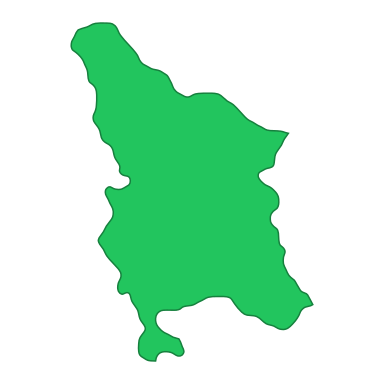 outline of Pedro Brand, Santo Domingo, Dominican Republic
{"feature_id": "3306468B67900396339745", "entity_name": "Pedro Brand", "entity_type": "district", "adm_level": 2, "iso_a3": "DOM", "parent_name": "Dominican Republic", "parent_adm1": "Santo Domingo", "projection": "robinson", "projection_center": [-70.09, 18.624], "detail": "fine", "context": "isolated", "style": "filled", "palette": "green", "viewbox_px": 384, "rotation_deg": 0, "n_neighbors": 0, "source": "geoboundaries", "source_scale": "gbopen_adm2", "svg_char_len": 5172}
<svg xmlns="http://www.w3.org/2000/svg" viewBox="0 0 384 384"><path d="M78.2,29.9L77.1,31.3L76.1,32.8L74.4,36.6L72.1,40.8L71.7,41.8L71.3,43.8L71.2,45.9L71.3,46.9L71.9,48.8L72.4,49.7L73.0,50.3L75.9,52.4L78.2,54.4L80.5,56.8L82.5,59.5L83.5,61.4L84.7,64.4L86.4,68.0L87.1,69.8L87.6,72.0L88.2,78.3L88.7,80.2L89.0,81.1L89.5,81.9L90.0,82.5L92.7,84.6L94.0,86.0L95.1,87.5L95.9,89.4L96.4,91.5L96.7,94.9L96.7,100.6L96.4,105.2L96.2,107.5L95.7,109.6L95.1,111.5L93.9,114.1L93.3,115.9L93.1,117.9L93.4,120.0L93.7,121.0L94.8,122.9L98.0,127.2L99.1,129.1L99.9,131.1L101.3,137.3L101.7,138.3L102.7,140.0L103.3,140.7L104.7,142.0L106.2,143.0L108.7,144.4L110.2,145.6L111.4,147.0L112.4,148.7L113.1,150.7L114.0,154.9L114.6,156.9L115.5,158.9L119.0,164.2L119.7,165.9L119.9,167.5L119.5,170.4L119.5,171.1L120.1,172.6L121.2,173.9L122.6,174.9L124.2,175.5L127.5,176.2L128.3,176.6L129.0,177.1L129.6,177.9L130.0,178.8L130.3,180.6L130.1,182.6L129.8,183.5L129.3,184.3L128.7,185.1L124.2,187.8L121.6,189.1L120.6,189.3L118.6,189.5L115.7,189.2L113.9,188.7L111.0,187.2L110.3,186.9L109.4,186.9L108.6,187.0L107.9,187.4L106.6,188.5L106.0,189.3L105.6,190.1L105.4,191.1L105.3,192.2L105.6,194.2L106.4,196.0L108.2,199.3L109.9,203.2L111.8,206.7L112.6,208.5L112.9,209.6L113.3,211.7L113.2,213.9L113.1,215.0L112.6,217.1L111.6,219.1L106.3,226.2L103.4,231.8L99.2,237.7L98.5,239.5L98.3,240.5L98.5,241.5L98.8,242.4L99.7,244.2L103.4,249.3L105.7,254.0L106.8,255.9L109.6,259.4L118.1,268.6L119.4,270.4L120.5,272.3L120.8,273.3L121.0,274.3L121.0,276.5L120.5,278.4L118.5,282.6L118.2,283.6L117.8,285.7L117.7,287.9L117.8,288.9L118.3,291.0L118.8,291.8L119.9,293.2L121.4,294.0L122.2,294.2L122.9,294.1L125.4,293.0L126.8,292.6L127.6,292.7L128.3,292.9L129.0,293.3L129.6,294.0L130.3,295.5L131.2,299.2L131.9,301.2L133.0,303.1L136.8,308.6L137.8,310.5L138.4,312.6L139.3,316.8L140.0,318.9L141.0,320.8L144.0,325.0L144.9,326.7L145.2,327.6L145.3,328.6L145.2,329.6L144.9,330.5L143.9,332.2L141.5,335.4L140.3,337.2L139.8,338.2L139.1,340.3L138.7,343.7L138.5,348.1L138.7,351.4L139.1,353.4L139.5,354.3L140.0,355.2L141.3,356.5L145.9,359.4L147.6,360.2L148.6,360.5L150.6,360.8L155.6,361.0L156.2,358.0L156.6,357.0L157.5,355.3L158.8,353.8L159.6,353.2L160.4,352.7L162.3,352.0L164.4,351.7L166.4,351.7L168.5,351.9L170.5,352.3L172.4,353.0L176.2,355.3L178.0,356.0L179.8,356.0L180.7,355.8L182.3,354.9L183.3,353.5L183.7,352.6L183.9,351.7L183.8,350.8L183.4,349.2L182.3,346.8L180.5,341.9L178.9,338.9L173.1,337.2L168.1,334.4L164.5,332.7L162.7,331.5L161.0,330.1L159.5,328.5L158.0,326.8L156.8,324.9L156.0,322.8L155.6,320.6L155.6,318.4L156.0,316.2L156.4,315.2L157.4,313.4L158.8,312.0L160.4,311.0L161.4,310.6L163.5,310.2L166.8,310.1L174.4,310.2L176.4,310.1L178.4,309.7L180.0,309.1L182.4,307.2L184.1,306.5L186.0,306.1L191.3,305.4L193.4,304.8L195.1,304.0L198.4,302.1L202.0,300.4L206.1,298.1L208.1,297.3L209.2,297.1L212.7,296.6L217.5,296.5L223.5,296.5L226.9,296.8L229.0,297.4L229.9,297.8L230.8,298.4L231.9,299.7L234.6,303.8L237.9,308.1L241.7,312.1L244.2,314.0L245.1,314.4L247.1,315.1L254.1,315.8L256.1,316.3L257.0,316.7L259.5,318.2L263.9,322.1L266.3,323.8L268.2,324.5L272.1,325.5L273.9,326.1L278.0,328.4L279.8,329.1L281.8,329.4L283.8,329.5L285.8,329.1L287.7,328.3L290.2,326.4L292.5,324.1L295.4,320.8L297.3,318.1L298.9,315.4L300.5,311.6L301.6,310.0L303.0,308.6L304.5,307.5L305.4,307.1L310.8,305.7L312.8,304.6L310.4,300.0L307.6,294.9L306.3,293.7L302.5,292.1L301.1,291.2L300.0,289.8L296.7,284.2L295.3,281.7L294.3,280.2L290.8,277.4L288.9,275.4L287.4,272.8L286.1,269.9L284.4,266.4L283.7,264.5L283.4,263.4L283.2,260.2L283.5,257.0L284.9,252.8L285.0,252.0L285.0,251.2L284.8,250.4L284.5,249.6L283.6,248.2L282.5,247.1L280.7,245.6L280.1,245.0L279.3,243.2L278.8,240.0L278.4,233.2L277.9,231.1L277.6,230.1L277.1,229.3L276.5,228.6L273.8,226.5L272.0,224.5L271.0,222.8L270.6,221.8L270.3,219.6L270.3,217.5L270.4,216.4L271.0,214.4L271.5,213.5L273.2,211.3L276.6,208.7L277.2,208.1L278.1,206.4L278.6,204.5L278.8,202.4L278.7,199.1L278.3,196.9L277.9,195.8L276.9,193.8L275.5,192.0L273.2,189.6L271.6,188.2L269.8,187.0L265.2,184.8L263.5,183.5L261.1,181.3L259.2,178.9L258.3,177.0L258.2,176.0L258.2,175.0L258.4,174.0L258.8,173.1L259.4,172.4L260.1,171.9L265.4,169.0L267.1,168.4L269.8,167.8L271.4,167.2L272.2,166.8L272.9,166.2L273.4,165.5L273.8,164.6L274.2,162.7L274.9,156.5L275.5,154.4L275.9,153.4L277.0,151.5L281.4,145.2L283.6,140.4L284.5,138.8L288.4,133.3L285.9,132.7L282.6,131.6L280.6,131.2L277.5,130.9L270.2,130.6L267.2,130.1L265.4,129.4L261.3,127.0L257.7,125.3L252.9,122.3L249.3,120.5L247.5,119.3L245.1,117.1L236.6,107.9L233.4,104.8L231.7,103.6L227.3,101.1L220.8,95.5L218.9,94.4L217.9,94.0L214.8,93.4L211.5,93.2L203.8,93.2L198.4,93.5L195.3,94.0L193.4,94.7L190.3,96.4L188.5,97.0L187.5,97.0L186.6,97.0L184.7,96.5L177.3,92.5L175.8,91.2L173.9,88.9L173.0,87.1L171.5,83.3L168.4,77.3L167.4,75.8L166.7,75.1L161.4,71.7L159.7,70.8L157.8,70.2L152.9,69.2L151.0,68.5L146.9,66.2L143.5,64.4L142.7,63.8L141.3,62.5L139.6,60.1L137.5,55.4L135.6,52.7L132.8,49.3L124.4,40.1L121.6,36.7L120.2,34.9L119.1,33.1L117.4,29.3L116.5,27.6L115.3,26.0L114.6,25.4L113.0,24.3L112.1,23.8L110.1,23.3L107.0,23.1L100.7,23.0L95.5,23.4L92.6,24.2L88.4,26.4L86.7,27.1L81.9,28.5L78.2,29.9Z" fill="#22c55e" stroke="#15803d" stroke-width="1.5"/></svg>